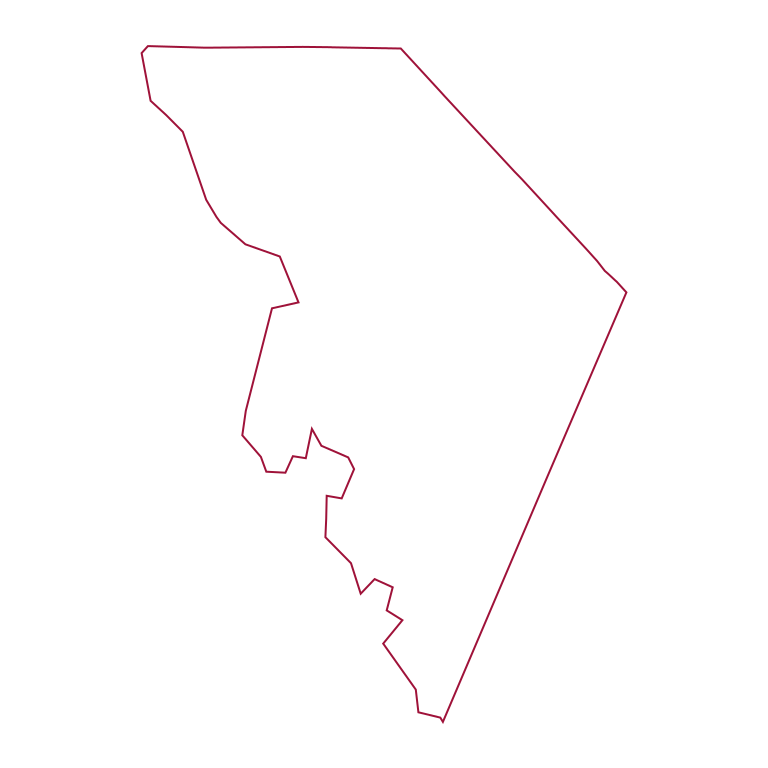 outline of Marlboro, South Carolina, United States of America
{"feature_id": "52423323B54358685786571", "entity_name": "Marlboro", "entity_type": "district", "adm_level": 2, "iso_a3": "USA", "parent_name": "United States of America", "parent_adm1": "South Carolina", "projection": "equal_earth", "projection_center": [-79.706, 34.552], "detail": "fine", "context": "isolated", "style": "outline", "palette": "rose", "viewbox_px": 768, "rotation_deg": 0, "n_neighbors": 0, "source": "geoboundaries", "source_scale": "gbopen_adm2", "svg_char_len": 915}
<svg xmlns="http://www.w3.org/2000/svg" viewBox="0 0 768 768"><path d="M626.4,292.4L616.7,281.7L615.1,280.3L614.9,280.1L607.7,273.4L604.8,270.9L597.1,261.0L586.1,248.8L557.2,217.6L556.0,216.3L543.8,203.0L521.8,179.1L514.5,171.6L444.5,96.1L441.9,93.2L400.8,48.5L388.0,48.3L385.9,48.2L383.1,48.2L331.9,47.3L331.1,47.2L303.2,46.9L302.4,46.9L205.3,47.7L184.5,47.1L148.5,46.1L148.3,46.1L147.9,46.1L141.6,53.1L150.6,100.8L166.1,115.0L182.8,131.8L206.2,199.8L216.5,217.0L220.8,222.9L245.4,244.3L279.8,256.5L298.5,302.4L272.0,308.3L245.8,410.8L242.3,435.3L260.9,456.9L266.3,471.7L285.4,472.7L292.9,456.2L305.8,458.2L311.9,428.9L321.4,445.8L348.2,457.4L354.1,469.1L341.7,498.4L326.7,495.8L326.2,518.9L325.4,537.2L351.0,563.2L360.7,593.7L374.6,579.1L392.7,587.3L386.7,610.4L402.4,620.2L383.2,643.6L415.8,689.6L418.4,712.3L440.3,717.6L442.9,721.9L547.6,476.1L626.4,292.4Z" fill="none" stroke="#9f1239" stroke-width="2"/></svg>